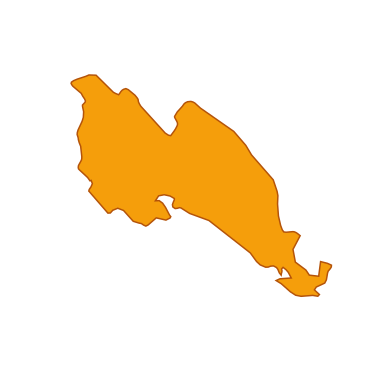 Waterford, Natural Earth projection, rotated 43°
{"feature_id": "IRL-1444", "entity_name": "Waterford", "entity_type": "County", "adm_level": 1, "iso_a3": "IRL", "parent_name": "Ireland", "parent_adm1": "", "projection": "natural_earth1", "projection_center": [-7.576, 52.152], "detail": "fine", "context": "isolated", "style": "filled", "palette": "amber", "viewbox_px": 384, "rotation_deg": 43, "n_neighbors": 0, "source": "natural_earth", "source_scale": "10m", "svg_char_len": 2209}
<svg xmlns="http://www.w3.org/2000/svg" viewBox="0 0 384 384"><g transform="rotate(43 192 192)"><path d="M345.0,151.8L345.4,153.6L345.6,157.1L346.4,158.8L350.2,164.6L351.2,168.1L347.7,176.7L348.3,180.1L355.1,180.1L355.1,182.4L350.8,185.3L342.9,193.9L338.2,196.8L332.1,197.9L319.8,198.2L313.9,199.4L315.5,195.5L323.2,187.2L317.2,185.1L313.8,184.7L310.0,185.0L310.0,187.2L311.6,188.3L312.3,189.3L312.9,190.5L313.9,192.0L311.0,191.6L307.5,190.0L305.3,189.6L302.0,190.5L300.1,192.6L298.9,195.0L297.1,196.8L291.6,198.8L286.6,198.8L276.2,196.8L223.8,201.3L204.9,209.3L194.8,211.2L193.5,212.0L192.4,213.9L191.0,215.6L188.2,216.0L186.3,214.6L185.2,212.1L184.4,209.8L183.5,208.8L178.7,209.9L173.5,213.0L170.2,217.6L171.2,223.4L173.9,220.7L178.1,220.2L183.1,221.3L191.3,224.2L193.3,224.5L193.7,226.0L192.1,230.3L183.5,235.3L182.4,246.0L181.5,248.4L179.2,249.2L176.5,249.6L174.2,251.0L169.0,253.5L154.5,252.2L148.8,254.5L146.5,259.4L146.6,263.0L144.9,264.8L115.9,261.7L115.1,260.2L114.6,257.0L113.4,253.8L110.3,252.3L109.8,253.4L105.8,252.6L95.0,252.6L93.2,252.5L91.9,251.5L90.9,250.0L89.4,244.2L88.7,242.9L87.3,241.3L79.4,234.5L75.8,232.8L73.2,231.2L71.8,230.0L68.8,228.3L67.6,226.8L66.4,224.4L63.4,215.2L61.6,211.5L58.0,207.2L53.6,204.1L52.6,203.1L52.6,199.4L52.0,198.1L50.0,197.2L46.6,196.4L45.2,195.9L43.7,195.4L32.8,195.9L31.1,195.6L29.6,195.1L28.9,193.9L29.5,191.3L31.1,187.7L35.4,179.9L36.8,176.7L42.2,172.0L66.5,172.7L69.1,172.0L72.0,170.9L71.9,169.6L71.5,166.9L71.5,165.2L71.9,163.6L73.1,161.5L75.6,160.6L84.3,160.1L87.3,160.5L89.3,161.0L91.4,162.6L93.3,163.4L96.1,164.2L132.2,167.2L136.1,166.5L138.0,165.3L137.4,159.9L136.9,157.0L136.2,154.5L135.8,153.3L135.2,152.3L134.2,151.4L133.0,150.8L128.5,149.3L127.7,148.6L126.6,143.4L126.5,135.8L126.1,133.1L126.3,131.2L127.2,129.0L129.4,126.5L131.4,125.5L133.4,125.0L141.0,124.9L181.2,119.2L199.5,121.2L210.3,124.3L243.1,127.7L253.8,133.5L257.3,136.1L262.7,142.4L271.6,150.6L279.6,156.0L283.8,158.1L286.3,158.6L287.4,157.9L288.4,157.1L292.7,152.3L293.7,151.5L295.4,150.8L297.5,150.4L300.9,150.2L305.0,165.1L315.4,172.8L328.5,171.4L334.5,172.8L342.1,167.2L333.5,155.2L339.7,151.8L343.9,150.4L345.0,151.8Z" fill="#f59e0b" stroke="#b45309" stroke-width="1.5"/></g></svg>